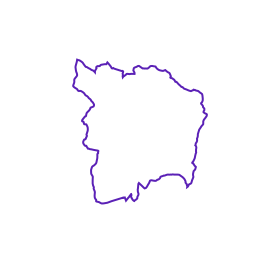 Sutatausa, Cundinamarca, Colombia, rotated 133°
{"feature_id": "7082276B12130404370303", "entity_name": "Sutatausa", "entity_type": "district", "adm_level": 2, "iso_a3": "COL", "parent_name": "Colombia", "parent_adm1": "Cundinamarca", "projection": "albers", "projection_center": [-73.854, 5.238], "detail": "fine", "context": "isolated", "style": "outline", "palette": "violet", "viewbox_px": 256, "rotation_deg": 133, "n_neighbors": 0, "source": "geoboundaries", "source_scale": "gbopen_adm2", "svg_char_len": 5707}
<svg xmlns="http://www.w3.org/2000/svg" viewBox="0 0 256 256"><g transform="rotate(133 128 128)"><path d="M200.2,94.9L199.9,94.5L196.7,92.1L192.7,90.1L183.0,84.5L182.6,84.3L182.8,84.1L182.5,83.8L181.0,83.0L182.5,79.9L178.9,80.2L177.6,80.2L176.3,80.5L175.8,80.4L174.4,80.7L174.2,80.6L174.7,79.7L175.6,79.5L176.6,78.1L176.6,77.9L176.8,77.1L177.1,76.4L177.2,75.8L177.3,75.6L177.3,75.3L177.3,74.1L177.1,73.6L176.4,73.7L174.4,73.2L173.2,73.2L172.4,73.9L171.6,74.3L170.0,74.7L169.5,75.0L169.1,75.3L168.8,75.7L167.9,77.3L166.4,78.9L165.3,79.6L161.8,82.3L160.8,82.5L160.8,78.6L160.9,75.4L160.8,74.6L159.6,74.0L158.1,74.1L156.1,74.6L153.7,75.1L151.7,75.9L151.2,75.9L150.9,75.7L150.4,75.4L149.9,74.7L149.3,73.7L148.1,72.0L147.5,71.6L147.0,71.4L145.9,71.3L145.3,70.9L144.8,70.6L143.9,70.4L142.9,70.4L141.6,70.9L140.9,70.7L139.2,69.7L138.8,69.6L138.4,69.4L138.1,69.0L137.9,68.8L136.1,67.9L135.4,67.5L134.9,67.1L133.9,65.9L132.9,65.0L132.7,64.6L132.4,64.4L131.5,63.7L130.6,62.5L127.8,59.4L127.4,58.8L127.2,58.4L127.1,57.4L126.7,54.5L126.8,52.5L127.0,51.5L127.6,49.9L127.9,49.4L128.6,48.8L128.8,48.4L129.0,46.8L129.5,46.2L129.6,45.8L129.9,45.5L130.2,44.8L130.8,44.4L130.3,44.3L129.4,44.4L127.9,44.9L127.1,44.7L125.9,44.2L125.2,44.2L124.8,44.3L122.5,45.5L120.8,46.1L119.2,46.8L118.9,47.2L118.5,47.8L117.4,49.0L115.3,50.3L114.7,50.6L114.0,50.6L112.8,50.6L112.3,50.7L110.2,51.8L110.1,53.8L109.5,55.8L109.6,56.3L109.8,56.9L109.7,57.2L109.5,57.4L108.9,57.5L108.3,57.4L104.8,58.5L103.6,59.2L102.0,60.2L101.4,60.5L100.8,60.9L99.5,61.4L99.2,61.7L98.6,62.5L97.8,63.1L97.3,63.6L95.9,64.5L95.6,64.8L95.0,65.7L94.8,66.2L94.8,66.9L94.5,67.0L94.0,67.3L92.9,68.0L91.8,68.1L91.3,68.3L90.3,68.7L89.6,69.3L89.1,69.9L88.7,70.3L87.6,70.7L86.8,71.1L85.5,72.1L84.9,72.7L80.6,74.8L78.0,75.2L76.7,75.5L75.2,75.5L74.0,75.6L73.8,75.7L71.8,77.5L70.6,78.0L69.6,78.2L68.0,78.3L65.9,78.6L65.5,78.7L64.7,79.2L64.3,79.6L64.2,80.1L64.7,81.5L64.9,82.5L64.9,83.1L64.9,83.6L64.5,83.9L64.1,84.1L63.0,84.3L62.8,84.4L61.7,85.5L61.6,87.2L61.5,87.4L61.2,87.7L60.7,88.5L60.5,89.7L60.4,91.0L60.1,91.4L59.8,91.5L58.5,91.5L57.2,92.0L56.7,92.3L55.3,93.6L53.4,95.8L52.7,96.9L52.7,97.5L52.8,98.6L53.0,99.6L53.0,101.0L53.1,101.9L54.4,104.2L54.5,105.0L54.8,105.4L55.3,105.6L55.4,106.2L55.8,106.2L56.4,106.4L58.1,107.1L58.7,108.2L59.2,109.3L60.0,111.6L60.8,113.4L61.0,114.1L60.9,115.7L61.1,116.4L61.5,116.9L61.5,117.1L61.4,118.8L61.5,120.6L61.2,124.0L61.5,124.2L61.7,124.5L61.9,125.0L61.4,126.2L61.4,126.5L61.2,127.1L61.2,127.4L61.4,128.1L61.4,129.4L62.0,130.4L62.2,130.8L62.3,131.2L62.1,131.6L61.1,131.8L60.9,132.0L60.1,133.7L59.6,134.9L59.6,135.6L60.0,136.9L60.2,138.6L60.2,139.9L60.2,140.2L60.5,140.4L61.6,140.9L62.3,141.3L62.6,141.6L63.5,143.0L64.3,144.5L64.5,145.1L64.7,146.0L64.8,147.3L64.7,148.2L64.3,149.8L65.1,151.0L66.2,152.7L66.8,153.3L67.5,153.8L69.4,153.9L71.1,154.2L72.1,155.2L72.8,156.1L73.4,156.6L73.8,157.3L74.5,158.0L75.0,161.7L75.1,162.3L75.3,162.5L75.9,163.0L77.5,163.5L79.1,164.3L79.7,164.5L80.3,164.5L80.7,164.3L82.3,163.3L82.9,161.5L83.1,161.0L83.4,160.6L84.0,160.1L85.4,161.7L86.2,162.6L87.5,163.6L89.0,165.6L89.5,165.9L90.8,165.9L91.1,166.0L92.3,166.2L93.6,166.5L94.4,166.4L93.9,167.1L92.5,168.1L92.0,168.9L91.8,169.1L90.8,169.5L90.2,169.9L90.0,170.1L89.9,170.5L90.0,170.7L90.1,171.1L90.6,171.4L93.6,177.7L94.1,178.9L94.2,179.7L95.2,180.1L95.3,180.3L95.3,181.0L95.2,181.3L94.8,182.3L94.6,183.5L94.2,186.2L94.1,187.8L96.1,187.3L97.4,188.7L100.0,190.7L100.5,190.9L101.2,191.0L102.0,190.9L103.7,192.6L105.2,192.7L105.9,191.7L106.4,191.6L107.2,191.5L108.2,191.2L109.0,190.9L109.8,190.2L109.7,191.1L109.8,192.9L110.4,194.2L110.7,196.3L111.2,197.8L111.4,199.3L112.1,200.7L111.7,203.2L111.1,205.8L111.2,207.3L111.6,209.6L112.2,210.6L112.7,211.8L114.5,210.6L118.5,208.5L119.4,207.8L119.9,207.2L121.3,205.5L122.2,204.2L122.9,202.7L123.7,201.6L124.1,201.2L124.8,200.9L125.4,200.8L128.3,200.6L129.0,200.4L129.5,200.1L130.9,198.7L131.7,198.2L134.0,197.2L134.7,196.7L134.9,195.9L134.8,194.5L134.3,191.9L134.3,191.6L134.4,191.1L134.7,190.6L134.7,189.8L134.4,189.0L133.6,188.5L133.0,187.5L132.6,185.6L132.5,183.6L132.9,182.3L133.0,181.4L132.9,180.7L132.6,179.7L132.6,178.3L132.9,177.0L132.7,175.2L132.8,174.4L133.2,173.4L133.3,171.0L133.5,170.5L133.6,170.0L134.0,168.9L134.4,168.5L134.8,168.2L135.7,167.9L136.5,168.2L138.6,169.2L139.0,169.1L140.3,168.6L140.9,168.5L141.7,168.4L144.3,168.5L145.3,168.4L146.3,167.9L147.7,167.0L148.1,166.9L148.5,167.0L148.9,167.3L149.1,167.3L151.7,167.1L152.9,167.0L153.6,166.8L154.2,166.4L154.3,166.1L154.2,165.6L154.0,165.3L153.9,165.0L153.9,164.5L154.1,164.1L154.9,163.2L155.0,162.9L155.0,162.5L153.8,161.0L153.8,160.9L154.6,158.8L155.1,157.9L155.5,157.4L156.6,156.3L157.5,155.6L161.1,153.9L161.4,153.5L161.6,152.9L161.8,152.7L162.5,152.3L163.4,152.2L164.5,151.6L165.1,151.5L165.6,151.6L166.1,152.1L166.5,152.1L167.3,151.9L168.6,151.4L168.9,151.1L169.3,150.8L169.8,150.0L170.3,147.9L170.2,147.2L169.9,146.7L169.6,146.6L169.5,146.4L169.5,146.2L169.8,145.8L170.0,144.6L170.2,144.2L170.3,143.6L170.4,143.1L170.1,142.8L169.9,142.7L169.5,141.5L168.7,140.4L167.3,138.0L165.1,134.6L165.0,134.1L165.3,133.8L166.5,133.1L166.8,132.7L168.0,132.6L169.4,131.3L169.7,131.0L171.0,129.9L174.6,127.7L175.5,127.3L176.3,127.2L178.3,127.3L179.1,127.5L179.8,127.7L180.6,127.8L181.4,127.6L183.7,126.5L184.4,125.9L186.2,124.1L186.5,123.7L186.8,123.1L187.2,121.6L187.4,121.1L187.6,120.6L188.0,120.2L190.1,118.4L192.7,116.0L194.0,114.1L194.3,113.2L194.6,112.7L194.8,112.4L195.6,111.9L195.8,111.7L197.0,109.2L197.6,108.4L200.0,106.5L201.1,105.4L201.7,104.6L201.9,104.0L202.1,103.5L202.2,102.4L203.3,101.3L203.3,101.0L203.2,100.8L202.0,98.7L201.5,96.7L201.2,95.9L200.7,95.3L200.4,95.0L200.2,94.9Z" fill="none" stroke="#5b21b6" stroke-width="2"/></g></svg>